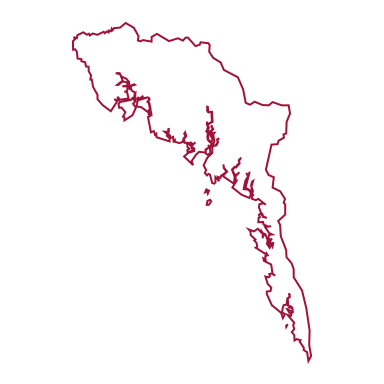 Chimán, Panama (Robinson projection)
{"feature_id": "35544464B77080496682008", "entity_name": "Chimán", "entity_type": "district", "adm_level": 2, "iso_a3": "PAN", "parent_name": "Panama", "parent_adm1": "", "projection": "robinson", "projection_center": [-78.645, 8.659], "detail": "fine", "context": "isolated", "style": "outline", "palette": "rose", "viewbox_px": 384, "rotation_deg": 0, "n_neighbors": 0, "source": "geoboundaries", "source_scale": "gbopen_adm2", "svg_char_len": 5995}
<svg xmlns="http://www.w3.org/2000/svg" viewBox="0 0 384 384"><path d="M288.7,105.3L281.6,105.3L272.6,102.1L268.9,105.3L262.7,105.1L254.6,101.7L250.0,104.7L245.7,102.8L243.1,89.3L237.9,77.3L223.8,69.9L220.7,62.5L213.1,57.8L209.2,51.7L209.7,45.1L208.3,43.2L200.6,42.3L199.7,44.7L195.5,46.1L187.9,37.6L185.6,37.6L182.9,40.6L178.0,38.3L169.0,41.1L157.0,33.9L151.7,36.8L151.5,41.6L143.1,40.1L140.3,41.3L137.9,40.5L138.5,36.1L133.8,27.7L125.6,23.0L120.1,27.6L114.0,28.1L112.6,30.2L111.7,28.8L111.0,31.2L108.8,30.5L108.6,32.4L106.9,31.5L104.6,33.2L103.7,31.8L97.2,34.8L92.7,33.5L89.8,35.5L88.9,33.7L86.9,34.7L83.3,32.3L77.4,35.2L76.8,38.2L73.6,37.1L75.4,38.8L72.9,41.2L73.1,49.7L75.0,49.2L76.8,51.6L77.6,58.6L81.4,59.1L81.4,61.2L85.2,62.3L85.9,66.4L88.6,66.7L88.7,71.3L91.0,75.2L90.3,79.5L91.8,79.5L93.1,87.0L97.5,94.8L97.5,99.2L102.7,105.2L110.8,111.2L117.4,101.0L114.3,99.4L118.6,100.1L117.5,96.7L120.0,99.7L128.6,98.5L127.1,92.3L124.3,91.3L127.0,91.8L127.7,86.4L122.4,86.3L127.4,85.5L127.4,82.5L122.5,81.5L118.2,85.0L117.1,84.9L122.7,80.6L120.1,74.2L115.7,73.2L119.6,73.1L121.5,76.6L126.1,78.6L129.0,81.8L129.6,89.8L131.0,85.5L134.2,84.3L134.9,84.8L131.5,85.7L130.7,87.7L131.7,90.6L134.9,92.5L134.6,94.4L135.4,93.4L135.1,98.4L137.5,98.9L138.5,96.8L138.1,98.8L139.4,98.9L143.3,95.7L140.1,98.9L148.5,97.2L137.7,100.4L136.5,106.4L141.2,107.2L147.7,111.9L149.9,108.8L148.9,103.1L147.4,101.9L149.3,99.2L148.5,97.5L149.4,98.4L149.4,99.9L147.9,101.6L149.3,102.9L150.6,109.0L148.6,114.2L150.0,115.4L151.2,113.0L151.5,115.2L148.0,117.0L150.9,132.3L153.8,131.1L155.0,134.8L156.3,133.7L156.5,137.2L169.6,141.4L169.6,138.2L166.1,135.2L169.7,137.5L169.9,136.1L164.6,131.7L168.4,131.9L168.2,129.6L168.7,128.1L168.9,131.5L167.5,133.0L170.1,135.7L170.2,138.2L173.1,136.9L173.6,141.3L174.8,140.2L174.8,141.7L179.3,143.1L182.7,142.0L183.6,138.4L185.6,136.2L184.2,133.7L185.1,132.3L186.3,136.1L184.0,138.9L184.6,142.8L187.0,142.8L187.6,147.2L189.3,148.7L187.3,150.1L187.6,152.2L192.8,150.6L190.6,145.0L189.2,144.9L190.7,144.5L189.2,144.2L188.8,143.2L191.4,144.1L190.0,141.9L192.8,144.3L195.4,142.4L191.3,146.1L194.4,148.8L194.1,151.1L188.2,152.9L184.1,156.5L193.1,165.1L191.6,161.1L196.1,154.6L199.2,151.8L205.4,152.6L205.6,149.4L209.5,147.0L208.0,144.9L209.7,147.1L205.9,149.6L205.6,153.3L207.5,154.7L210.3,153.3L210.0,148.5L211.6,143.2L209.6,141.9L207.8,139.8L207.3,137.0L207.9,133.1L205.7,130.6L208.2,132.8L208.1,139.6L211.6,142.0L212.6,139.4L207.2,129.2L208.0,126.7L206.8,124.2L207.1,121.6L207.2,124.5L212.0,121.7L211.5,114.9L211.9,112.4L211.5,111.9L208.7,112.5L207.9,112.0L207.1,110.6L207.6,107.1L206.1,106.3L207.9,107.0L208.1,111.9L212.0,111.9L212.6,121.8L207.5,124.7L208.9,127.8L207.9,129.7L213.9,139.6L210.6,131.3L212.8,128.7L211.3,126.6L212.2,125.2L211.6,126.8L213.3,129.1L210.9,131.8L213.0,133.7L213.9,132.9L214.4,132.8L213.3,134.4L214.4,141.7L212.6,145.5L215.8,145.4L217.6,142.4L217.1,139.4L219.3,138.3L217.4,139.7L218.0,142.3L216.5,145.3L212.4,146.3L212.3,152.9L207.3,157.7L203.6,165.4L206.2,170.1L204.8,172.9L207.0,175.4L208.4,173.9L210.0,174.7L212.2,183.0L214.2,183.6L215.5,182.3L215.4,177.1L219.1,181.1L217.9,176.9L220.5,178.0L220.8,175.9L226.6,172.0L223.8,168.0L223.4,164.4L223.9,167.7L227.1,171.6L222.8,176.0L233.9,183.7L234.7,176.9L232.0,169.6L234.4,166.9L235.9,167.1L237.0,165.3L239.4,163.1L238.7,160.3L241.2,157.6L239.0,160.7L239.6,163.4L236.2,167.4L234.4,167.4L232.4,170.4L235.4,175.6L239.4,172.3L235.7,176.0L235.5,180.0L236.8,180.4L232.4,187.5L241.5,194.7L249.2,197.9L250.9,194.8L250.4,192.1L248.5,189.7L244.0,189.1L244.9,187.9L243.9,187.6L245.5,180.3L248.1,176.5L246.2,173.0L248.4,175.7L249.7,171.7L245.5,187.8L252.2,191.4L251.1,185.3L252.1,181.7L253.1,181.0L251.4,186.6L252.9,190.9L252.2,194.4L253.8,195.4L252.2,195.1L251.7,198.6L255.7,200.2L258.3,198.9L265.8,204.8L263.6,203.3L259.4,204.2L258.9,207.2L260.9,212.7L262.3,213.9L263.1,216.4L266.8,217.9L263.0,216.9L260.9,213.4L259.0,214.8L259.9,217.2L258.6,217.8L258.3,222.2L263.1,222.0L263.5,224.4L268.0,226.6L271.1,226.2L265.1,227.0L269.0,233.0L272.2,234.5L269.1,234.9L268.3,238.3L269.9,239.4L268.3,239.0L269.4,240.5L272.0,238.5L270.0,241.4L271.9,244.6L273.5,242.2L272.4,246.9L269.1,241.7L268.2,243.2L270.0,247.1L269.7,247.8L266.9,243.8L267.7,240.7L265.4,234.2L263.7,233.5L265.0,235.6L263.2,234.4L262.7,238.3L262.7,233.2L261.2,230.7L260.8,232.1L257.8,228.7L254.0,231.4L248.7,229.4L250.5,231.6L250.7,235.1L255.4,239.5L254.3,240.5L256.6,243.0L257.2,246.8L255.7,247.7L265.4,253.9L266.3,253.0L267.7,255.3L265.2,256.2L265.6,259.9L263.4,258.5L264.0,260.9L271.2,264.5L272.5,273.5L275.2,275.7L271.9,273.6L269.3,274.0L269.9,276.2L268.7,277.3L265.4,276.5L267.7,283.9L271.3,287.7L270.5,291.1L266.8,291.5L266.8,294.0L271.8,305.2L281.1,312.8L282.9,318.1L285.0,314.0L282.0,312.4L282.8,307.6L283.7,305.1L286.5,304.7L287.4,298.3L289.7,296.9L289.3,295.9L289.6,294.9L289.1,294.3L289.2,294.0L289.4,294.0L289.7,294.9L289.7,297.2L287.8,298.4L288.1,305.6L290.9,306.5L289.4,307.6L292.4,308.0L292.8,311.6L287.4,309.5L289.4,312.8L291.7,313.2L290.9,315.8L287.5,314.8L294.2,322.8L293.2,325.2L294.2,329.1L291.8,332.0L294.3,335.2L294.5,340.4L296.8,339.1L300.5,340.2L299.7,341.7L303.8,347.8L303.7,350.1L307.1,352.2L308.4,361.0L311.1,356.0L309.2,345.1L309.6,330.4L306.3,308.2L302.0,290.4L293.7,277.3L293.7,269.1L291.5,263.1L286.5,257.2L286.1,249.9L280.8,236.4L280.1,225.0L278.2,221.0L285.2,214.6L285.2,204.5L283.7,202.7L285.0,198.9L280.2,191.3L272.6,187.6L273.8,177.3L268.6,175.0L265.9,169.7L271.5,144.6L277.5,144.2L278.6,140.7L283.9,137.7L283.5,134.4L286.2,133.4L286.6,122.0L290.0,113.6L288.7,105.3ZM135.9,107.7L133.0,103.7L135.5,101.3L134.7,98.6L133.0,97.4L134.7,100.7L132.4,98.1L130.9,99.9L120.1,102.0L118.5,103.8L119.2,107.8L121.5,107.5L125.4,112.2L123.0,116.7L124.4,117.1L124.4,120.4L132.5,115.2L135.9,107.7ZM211.2,201.3L210.0,199.8L207.5,200.9L206.7,204.8L208.8,204.8L211.2,201.3ZM209.0,190.7L206.3,189.4L205.2,192.2L207.2,191.3L207.8,193.5L209.0,190.7ZM286.3,326.9L287.3,325.1L287.1,324.9L286.1,325.8L286.3,326.9Z" fill="none" stroke="#9f1239" stroke-width="2"/></svg>